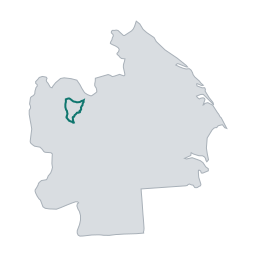 Lèbombi-Leyou, Haut-Ogooué, Gabon (highlighted), rotated 176°
{"feature_id": "22940354B21970441224980", "entity_name": "Lèbombi-Leyou", "entity_type": "district", "adm_level": 2, "iso_a3": "GAB", "parent_name": "Gabon", "parent_adm1": "Haut-Ogooué", "projection": "orthographic", "projection_center": [13.158, -1.435], "detail": "fine", "context": "in_parent", "style": "outline", "palette": "teal", "viewbox_px": 256, "rotation_deg": 176, "n_neighbors": 0, "source": "geoboundaries", "source_scale": "gbopen_adm2", "svg_char_len": 5000}
<svg xmlns="http://www.w3.org/2000/svg" viewBox="0 0 256 256"><g transform="rotate(176 128 128)"><path d="M186.0,26.7L185.8,29.1L183.1,35.0L181.8,39.4L181.5,44.2L182.3,48.1L183.6,50.8L184.4,53.8L183.8,55.9L182.5,56.8L183.3,57.8L185.3,58.1L188.7,57.2L193.8,55.6L200.6,53.3L205.0,52.0L212.3,52.8L216.2,53.7L218.3,55.3L220.4,62.2L221.5,63.2L223.3,66.2L224.7,69.7L225.1,71.5L224.9,72.8L223.4,74.7L221.7,77.4L221.1,79.1L219.7,80.4L218.0,81.6L213.1,82.1L212.3,82.9L210.9,85.8L208.4,88.4L207.2,90.7L206.1,93.9L206.4,97.8L205.8,103.5L205.3,107.4L206.6,108.7L212.5,109.6L213.6,110.4L215.1,112.8L217.1,115.0L222.5,116.4L224.6,118.1L226.3,120.0L226.5,121.5L225.3,127.7L224.1,133.6L224.5,138.1L225.0,142.4L225.6,148.6L225.3,152.5L223.8,154.8L223.8,156.6L224.5,158.8L223.2,164.9L222.3,165.9L219.9,167.1L218.6,168.7L218.2,171.3L216.9,174.8L215.6,176.1L215.6,177.7L216.9,178.9L216.9,180.7L214.5,182.9L213.0,184.6L209.8,185.4L206.2,184.5L205.3,183.3L206.2,181.4L205.9,179.9L204.7,178.3L202.7,174.2L201.0,173.4L200.0,175.0L197.1,178.2L191.8,182.1L188.2,182.5L181.4,181.2L175.7,179.3L173.0,174.7L171.3,170.8L168.9,166.3L166.2,164.2L163.3,162.8L162.0,162.7L157.9,165.2L156.6,166.2L156.6,168.3L157.0,170.3L157.6,171.2L158.2,172.5L158.1,174.4L157.4,177.0L157.1,179.9L144.1,182.7L141.8,181.7L140.2,180.4L138.2,180.6L132.6,182.1L130.5,181.1L128.4,180.3L127.5,181.0L127.4,182.2L128.4,189.0L128.1,191.6L126.8,194.9L126.2,197.2L129.6,197.8L130.9,198.9L132.1,200.6L133.7,202.2L133.8,203.2L132.0,204.9L131.3,207.1L132.2,208.8L134.6,210.6L138.0,212.4L139.7,213.6L139.5,214.7L137.9,217.1L137.3,219.1L136.2,220.9L136.5,222.5L138.0,224.1L137.8,225.5L136.8,226.5L134.7,226.3L132.9,226.5L131.2,226.0L126.2,220.7L125.1,220.5L117.7,224.6L115.9,226.3L114.4,228.8L112.3,234.0L109.0,231.0L106.1,225.4L102.7,221.9L95.7,216.4L93.8,212.3L85.6,203.3L74.0,194.2L65.6,186.4L64.3,184.7L65.7,184.9L73.8,188.8L74.9,188.4L75.9,187.5L72.4,185.4L69.0,183.8L65.9,182.8L62.7,182.9L61.0,181.3L59.8,178.7L59.3,176.6L57.9,174.3L53.4,169.7L52.3,167.9L49.9,165.4L51.3,165.1L56.1,167.5L56.5,166.5L56.1,165.1L51.3,162.9L48.7,162.8L48.1,161.2L48.5,159.4L45.0,152.7L41.5,147.6L40.9,145.2L50.5,156.2L51.8,156.4L53.5,156.3L57.5,155.0L56.7,153.6L54.9,152.0L53.2,152.7L50.9,152.9L49.7,152.2L49.2,151.1L51.5,145.7L50.5,146.0L49.8,147.0L48.5,147.4L46.6,147.7L41.9,144.8L37.7,137.1L36.6,135.5L35.4,132.8L34.3,131.7L29.5,120.7L31.4,121.5L33.6,124.7L37.8,124.0L39.5,122.2L40.9,122.3L42.4,121.8L44.3,120.1L49.7,112.5L51.2,102.5L50.7,96.6L49.9,90.7L51.7,88.8L52.4,90.0L52.8,92.1L53.6,93.7L55.6,95.1L59.2,95.4L64.8,97.6L66.7,99.0L67.3,96.2L73.7,93.8L71.8,93.0L66.1,93.9L58.2,90.4L55.6,88.2L53.2,83.9L50.7,81.7L50.9,79.7L56.5,77.8L58.0,78.0L58.6,80.2L60.1,81.1L60.7,80.8L60.9,79.0L60.9,73.9L59.2,66.7L59.7,65.3L61.3,64.8L62.7,63.9L63.6,63.7L65.5,63.9L66.5,65.5L67.0,66.4L68.9,66.9L70.5,67.8L71.9,67.5L73.0,66.5L74.7,66.3L79.8,66.3L84.4,66.3L93.7,66.3L102.9,66.3L112.2,66.3L119.2,66.3L119.2,62.2L119.1,55.9L119.1,48.3L119.1,41.1L119.0,34.5L119.0,26.6L119.4,24.3L119.8,23.4L119.7,22.1L126.9,22.0L139.8,22.5L145.5,22.5L147.1,22.6L154.2,22.2L159.9,22.7L162.4,23.2L164.6,23.5L171.5,23.8L180.4,23.4L183.5,23.5L185.2,24.6L186.0,26.7Z" fill="#d9dde1" stroke="#a8b0b8" stroke-width="1"/><path d="M170.4,157.1L170.5,157.8L170.4,158.4L170.3,158.7L170.7,158.5L171.4,158.4L171.9,158.3L172.4,158.2L172.8,158.0L173.1,157.8L173.8,157.5L174.3,157.3L174.9,157.2L175.8,157.2L176.7,157.2L177.2,157.2L177.8,157.4L178.3,157.7L179.2,157.9L180.0,158.1L180.6,158.3L181.1,158.7L181.7,159.2L182.1,159.6L182.5,160.0L183.1,160.5L183.8,161.1L184.1,161.3L184.7,161.6L185.1,161.6L185.8,161.5L186.4,161.4L186.9,161.3L187.4,161.0L187.8,160.9L188.0,160.9L188.1,159.8L188.1,159.1L188.2,158.3L188.3,157.8L188.5,157.4L188.6,156.9L188.8,156.1L188.9,154.7L189.0,153.4L189.0,153.0L188.9,152.6L188.8,152.1L188.6,151.0L188.5,150.6L188.3,150.3L188.2,150.2L187.9,149.5L187.7,149.3L187.7,149.0L187.6,148.6L187.6,147.9L187.6,147.4L187.4,147.0L187.4,146.6L187.4,146.2L187.6,145.9L187.7,145.5L187.9,145.0L188.0,144.6L188.2,144.3L188.4,143.9L188.3,143.6L188.5,143.5L188.6,143.0L188.6,142.6L188.4,142.4L188.2,142.2L187.9,141.7L187.6,141.3L187.3,140.9L187.3,140.7L187.1,140.5L186.8,140.3L186.6,140.1L186.4,139.8L186.3,139.4L186.1,139.2L185.8,139.1L185.5,139.0L185.3,138.9L185.2,138.9L184.8,138.7L184.6,138.5L184.1,138.4L183.6,138.1L183.0,137.8L182.6,137.4L182.3,137.1L181.7,137.2L181.8,137.5L181.9,138.0L182.1,138.5L182.3,139.4L182.3,140.2L182.4,142.5L182.1,142.8L181.8,142.9L180.9,143.1L180.7,143.6L180.6,144.2L180.3,144.6L179.6,145.0L178.4,146.1L177.8,146.8L177.4,146.9L177.0,146.8L176.7,146.7L176.3,146.7L176.1,147.0L175.8,147.1L175.5,147.1L175.2,147.0L174.9,147.1L174.8,147.3L175.0,147.4L175.1,147.7L175.2,148.0L175.1,148.4L174.9,148.6L174.6,148.8L174.4,148.9L173.9,149.2L173.6,149.7L173.4,150.1L173.5,151.8L173.2,152.2L173.0,152.4L172.9,152.8L172.6,153.2L172.1,153.5L171.9,153.7L171.7,154.4L171.7,154.7L171.6,155.2L171.4,155.7L171.1,156.2L170.7,156.8L170.4,157.1Z" fill="none" stroke="#0f766e" stroke-width="2"/></g></svg>